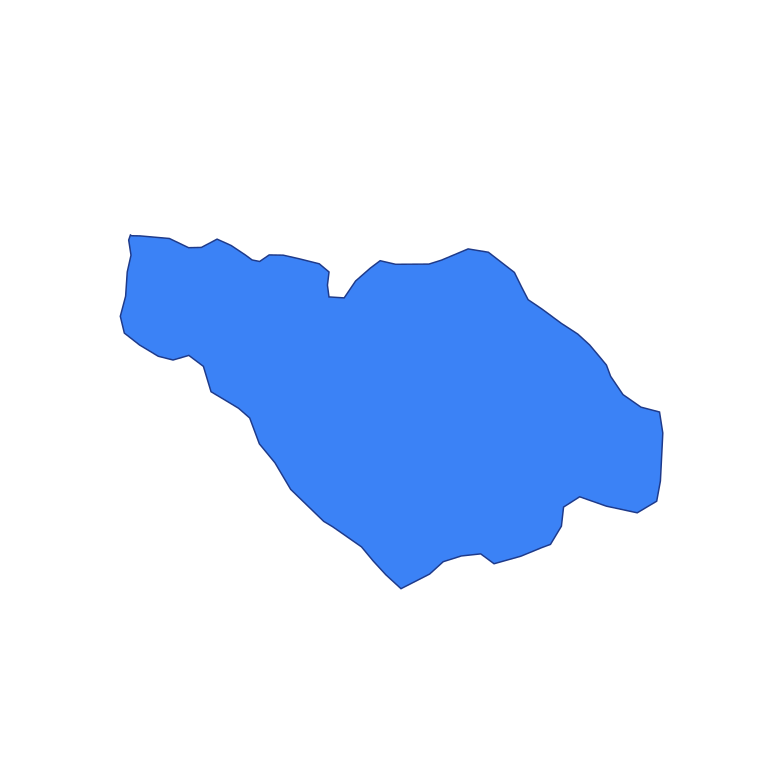 Mouttagiaka, Limassol, Cyprus (Equal Earth projection), rotated 121°
{"feature_id": "46923920B33909276887378", "entity_name": "Mouttagiaka", "entity_type": "district", "adm_level": 2, "iso_a3": "CYP", "parent_name": "Cyprus", "parent_adm1": "Limassol", "projection": "equal_earth", "projection_center": [33.106, 34.719], "detail": "fine", "context": "isolated", "style": "filled", "palette": "blue", "viewbox_px": 768, "rotation_deg": 121, "n_neighbors": 0, "source": "geoboundaries", "source_scale": "gbopen_adm2", "svg_char_len": 1201}
<svg xmlns="http://www.w3.org/2000/svg" viewBox="0 0 768 768"><g transform="rotate(121 384 384)"><path d="M386.9,678.1L392.1,677.0L403.9,667.2L420.2,661.8L441.8,650.7L461.8,644.9L463.0,643.7L474.1,632.8L476.5,613.5L476.5,591.8L472.1,577.2L460.0,566.0L461.9,547.9L479.7,528.3L479.7,496.2L482.3,481.6L499.5,460.0L507.7,436.9L522.4,409.7L532.8,364.9L532.8,364.5L532.8,354.6L535.2,319.4L541.3,302.0L546.6,284.1L550.7,264.0L550.5,263.9L523.4,247.0L505.8,241.7L491.6,229.2L479.8,213.6L481.4,197.1L461.0,177.9L443.5,164.9L435.7,158.7L431.8,158.7L414.5,158.7L397.0,166.7L379.9,158.2L374.2,130.5L364.0,100.6L344.0,89.9L324.8,97.1L287.2,117.2L282.4,119.8L266.1,133.4L270.1,147.1L271.5,151.8L270.0,173.7L260.7,193.7L253.2,203.1L249.6,213.3L244.6,227.9L241.4,243.6L240.7,263.2L238.4,287.1L237.5,303.9L229.9,316.2L221.2,329.7L217.3,362.4L224.9,381.5L248.3,398.6L258.1,407.3L275.4,435.7L280.3,450.8L291.6,455.4L310.3,461.4L330.7,462.5L337.7,476.0L328.4,483.4L316.3,488.8L314.3,501.4L320.5,521.7L325.5,536.8L332.5,548.9L343.0,553.7L345.6,560.9L344.8,569.4L344.0,586.3L345.8,601.7L361.0,610.9L367.8,621.7L369.8,642.9L382.7,669.4L386.9,676.7L386.9,678.1Z" fill="#3b82f6" stroke="#1e3a8a" stroke-width="1.5"/></g></svg>